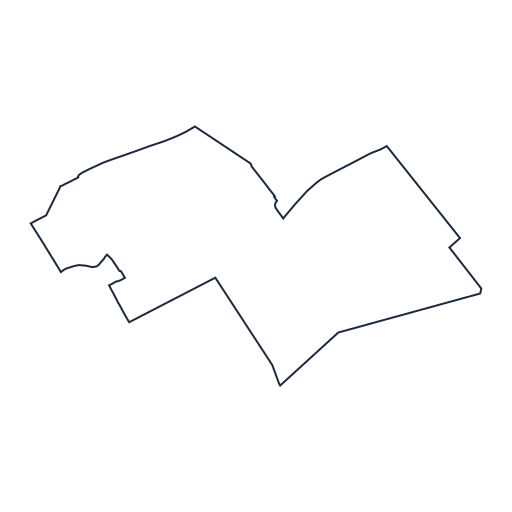 the district of Muharam Bik, Al Iskandariyah, Egypt
{"feature_id": "37247803B18141858630320", "entity_name": "Muharam Bik", "entity_type": "district", "adm_level": 2, "iso_a3": "EGY", "parent_name": "Egypt", "parent_adm1": "Al Iskandariyah", "projection": "mercator", "projection_center": [29.924, 31.184], "detail": "fine", "context": "isolated", "style": "outline", "palette": "slate", "viewbox_px": 512, "rotation_deg": 0, "n_neighbors": 0, "source": "geoboundaries", "source_scale": "gbopen_adm2", "svg_char_len": 2081}
<svg xmlns="http://www.w3.org/2000/svg" viewBox="0 0 512 512"><path d="M480.2,293.5L480.3,293.3L481.3,288.5L449.4,247.5L460.0,238.1L386.8,146.1L380.1,149.6L371.8,152.8L369.0,154.1L358.2,159.8L352.1,163.0L338.8,169.9L329.9,174.5L327.3,175.9L325.2,177.0L323.2,178.1L322.8,178.3L322.3,178.6L320.5,179.7L317.8,181.7L315.6,183.5L314.6,184.4L314.1,184.8L313.7,185.2L310.6,187.9L308.0,190.2L306.5,191.7L294.6,204.8L291.9,208.0L286.3,214.7L284.8,216.5L284.6,216.8L284.3,217.1L283.3,218.5L283.1,218.3L282.9,218.1L281.0,215.3L278.8,212.4L276.0,208.5L275.8,208.1L275.5,207.6L275.1,206.2L275.1,205.7L275.0,205.1L275.2,203.9L275.5,203.2L275.7,202.5L276.6,201.3L277.0,200.8L276.9,200.7L274.1,196.8L274.4,196.5L274.8,196.3L272.1,192.7L271.9,192.5L271.7,192.3L267.9,187.4L266.6,185.6L253.4,168.7L251.7,166.5L250.6,163.5L194.9,126.5L185.7,131.9L177.1,136.0L164.8,141.0L149.0,146.3L139.2,149.9L125.9,154.6L117.6,157.5L111.8,159.5L106.6,161.4L105.9,161.6L105.2,161.9L103.1,162.7L98.7,164.8L98.4,164.9L98.0,165.1L92.3,167.7L88.9,169.3L88.3,169.6L87.6,170.0L82.3,172.6L80.8,173.7L78.9,175.0L77.9,176.9L78.2,177.4L77.0,178.1L73.7,179.7L70.2,181.6L63.9,184.6L63.6,184.9L63.4,185.1L62.9,185.3L60.2,186.3L60.0,187.1L59.8,187.8L59.7,187.9L57.9,191.6L46.1,215.4L35.3,220.9L35.3,221.0L30.7,223.4L34.2,228.9L44.3,244.9L44.4,245.1L44.5,245.3L54.5,261.5L60.9,272.1L64.0,269.7L66.6,268.4L70.1,267.3L74.0,266.1L78.4,265.1L78.8,265.1L79.2,265.1L81.4,265.3L85.0,265.6L85.3,265.6L88.0,266.1L91.5,267.0L94.3,266.9L96.7,266.3L99.1,264.5L99.7,263.7L100.2,263.0L103.9,258.8L105.2,256.7L106.8,254.9L107.0,254.8L107.1,254.7L111.5,259.0L116.9,266.9L119.4,270.9L120.2,271.0L120.9,271.1L124.7,277.5L124.8,277.6L124.9,277.8L120.6,280.2L117.6,281.4L117.0,281.4L116.3,281.4L112.2,283.8L109.1,285.3L112.0,291.0L112.5,291.8L113.0,292.7L115.0,296.6L116.4,299.2L118.2,302.8L119.6,305.1L119.9,305.7L120.2,306.2L122.7,310.9L124.7,314.5L125.0,315.0L125.3,315.6L128.3,320.8L128.8,321.5L129.2,322.2L215.3,277.7L272.3,365.1L279.2,384.0L279.7,384.6L280.2,385.5L338.3,332.5L480.2,293.5Z" fill="none" stroke="#1e293b" stroke-width="2"/></svg>